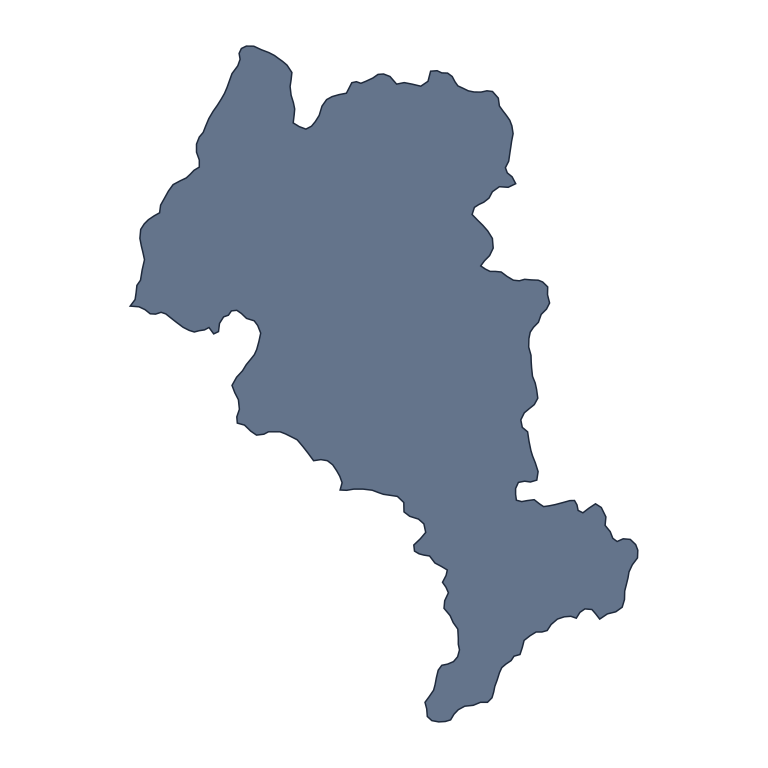 the district of Felisburgo, Minas Gerais, Brazil
{"feature_id": "56859067B92479640908697", "entity_name": "Felisburgo", "entity_type": "district", "adm_level": 2, "iso_a3": "BRA", "parent_name": "Brazil", "parent_adm1": "Minas Gerais", "projection": "robinson", "projection_center": [-40.724, -16.662], "detail": "fine", "context": "isolated", "style": "filled", "palette": "slate", "viewbox_px": 768, "rotation_deg": 0, "n_neighbors": 0, "source": "geoboundaries", "source_scale": "gbopen_adm2", "svg_char_len": 4279}
<svg xmlns="http://www.w3.org/2000/svg" viewBox="0 0 768 768"><path d="M622.2,607.2L624.5,599.5L624.7,591.1L626.4,584.4L628.0,577.9L629.0,571.9L632.3,564.8L637.5,557.9L637.8,550.2L635.7,544.6L630.3,539.4L623.2,538.8L617.1,541.5L612.8,538.3L610.2,531.6L605.1,525.4L605.9,516.9L601.3,507.5L595.5,503.8L589.0,508.1L582.9,512.8L578.1,510.4L577.0,504.9L574.5,500.5L569.9,500.6L563.1,502.5L555.2,504.6L549.3,505.8L543.6,506.6L539.4,503.8L534.2,499.7L527.1,500.6L521.7,501.6L516.4,500.2L515.6,494.4L515.6,488.5L518.4,482.4L524.6,481.2L530.4,482.0L536.8,480.1L538.1,471.6L535.3,462.8L532.5,455.8L530.9,450.5L529.0,441.2L527.6,431.8L522.3,427.4L520.8,419.9L524.3,412.8L529.2,408.7L534.3,404.6L537.8,398.2L536.6,389.5L535.2,383.0L532.5,376.3L531.6,367.8L531.2,361.7L531.0,355.3L528.7,347.1L528.9,338.7L530.2,332.2L533.5,327.3L538.4,322.3L541.2,314.4L546.5,309.1L549.6,303.0L547.5,294.7L547.7,286.9L542.7,282.0L538.3,280.2L531.2,279.9L524.6,279.3L519.4,280.8L513.4,280.2L507.0,276.4L501.2,272.0L495.3,271.4L490.1,271.4L485.4,269.1L480.7,265.9L484.4,260.9L489.6,255.6L493.2,248.1L492.4,238.4L487.7,230.9L482.8,225.3L477.7,220.3L472.1,214.5L474.4,207.4L478.9,204.5L483.8,202.2L489.0,198.1L492.4,191.7L499.4,186.7L508.2,187.3L515.7,183.7L512.1,176.8L507.3,172.9L505.4,167.7L508.7,161.2L510.0,152.2L510.8,147.0L511.6,141.4L513.1,133.7L511.9,125.9L509.8,120.3L506.4,115.4L503.0,111.0L499.4,106.0L498.3,98.1L492.5,91.5L486.9,90.8L481.0,92.1L474.1,92.0L468.2,90.8L462.9,88.2L457.9,85.9L455.0,81.8L452.2,76.5L447.6,73.1L441.8,72.9L437.1,70.7L430.6,71.2L428.0,81.3L420.8,86.2L412.0,84.1L404.2,82.6L396.6,84.1L390.0,76.5L383.6,74.0L378.0,74.4L372.9,78.0L365.8,81.3L360.9,83.3L356.4,81.7L351.8,82.7L349.4,87.4L346.4,93.2L339.1,94.6L332.1,96.6L326.6,99.6L322.0,106.1L319.2,115.4L315.3,121.6L311.5,126.2L305.9,129.1L299.2,126.6L293.2,122.9L294.2,114.5L294.7,109.0L293.4,102.6L291.1,95.2L290.1,86.5L291.1,79.8L291.9,72.5L287.0,65.1L282.5,61.3L278.4,58.4L274.5,55.5L268.9,52.6L261.3,49.7L253.8,46.2L246.3,46.1L241.4,48.5L239.1,53.4L240.1,59.3L237.8,65.8L232.0,73.6L229.1,81.7L227.1,87.3L224.5,93.4L221.3,99.0L217.4,105.2L213.1,111.3L208.8,118.6L205.5,126.5L203.2,132.4L199.3,137.0L196.5,144.1L196.5,152.2L199.3,160.0L199.3,167.1L194.0,170.3L190.1,174.4L186.3,177.9L180.2,180.8L173.1,184.6L168.4,191.1L164.7,197.8L160.6,205.1L159.6,212.8L154.2,215.8L148.4,219.7L144.3,223.8L140.7,229.4L139.9,238.4L141.4,246.2L142.8,251.9L144.5,259.7L142.2,269.7L140.5,280.2L136.9,285.4L136.1,292.8L135.1,299.5L130.2,306.1L139.0,306.8L145.1,309.7L150.2,313.8L155.6,314.1L161.1,312.3L165.8,313.9L170.8,317.9L176.4,322.3L183.1,327.3L189.2,330.4L194.3,332.0L199.2,330.7L204.5,329.9L209.0,327.5L213.7,333.9L218.5,331.6L219.5,323.4L223.6,316.9L228.4,315.2L231.4,310.9L236.8,310.3L241.4,313.5L246.5,318.4L254.2,320.8L257.7,325.5L260.7,333.1L258.9,341.5L256.7,349.5L254.4,354.6L250.1,360.0L246.3,364.6L242.5,370.8L236.6,377.2L232.0,385.4L234.8,392.7L238.4,399.7L239.4,409.3L236.8,416.9L237.3,423.1L244.5,425.1L250.8,431.2L256.5,435.1L263.9,434.2L268.5,431.8L273.4,431.8L280.1,431.8L285.5,433.9L290.3,436.3L297.2,439.8L302.6,446.2L308.0,453.1L313.6,460.7L320.9,459.6L327.4,460.7L332.7,464.8L336.7,470.8L339.8,476.3L342.1,482.7L340.1,490.0L346.7,490.3L353.8,489.1L363.0,489.1L372.2,490.2L378.5,492.6L383.4,494.3L389.5,495.2L397.4,496.4L403.8,502.5L404.0,511.9L409.7,516.3L418.5,519.1L423.9,523.9L425.7,532.4L420.3,538.8L413.8,545.0L414.5,551.1L419.0,553.8L423.9,555.1L429.6,556.0L434.9,563.0L441.5,566.5L447.3,570.0L446.1,575.4L442.5,582.3L446.0,587.3L448.4,592.8L444.7,600.7L444.0,608.3L450.1,615.6L453.2,622.6L457.8,629.1L458.3,638.1L458.3,644.3L459.5,649.9L457.6,656.8L453.5,661.6L447.6,664.1L441.8,665.3L438.2,670.2L436.4,677.6L435.1,684.6L433.6,690.2L429.0,696.9L425.0,702.3L426.7,708.8L427.3,716.5L431.8,720.6L438.7,721.9L445.3,721.5L450.6,719.9L454.0,714.2L458.3,709.7L464.7,706.2L473.3,705.3L480.5,702.3L487.5,702.3L492.0,697.8L493.7,692.0L494.8,686.4L497.1,680.2L499.5,672.6L501.8,667.6L505.9,664.1L511.1,660.6L514.0,656.2L520.0,654.5L522.3,647.5L524.1,640.4L530.1,635.7L536.1,632.0L541.9,632.0L547.2,630.5L551.1,624.5L557.4,619.1L564.3,616.8L570.9,616.3L576.3,618.2L579.9,612.4L584.9,608.9L591.9,609.5L595.7,613.9L599.7,619.1L607.4,613.9L615.8,611.8L622.2,607.2Z" fill="#64748b" stroke="#1e293b" stroke-width="1.5"/></svg>